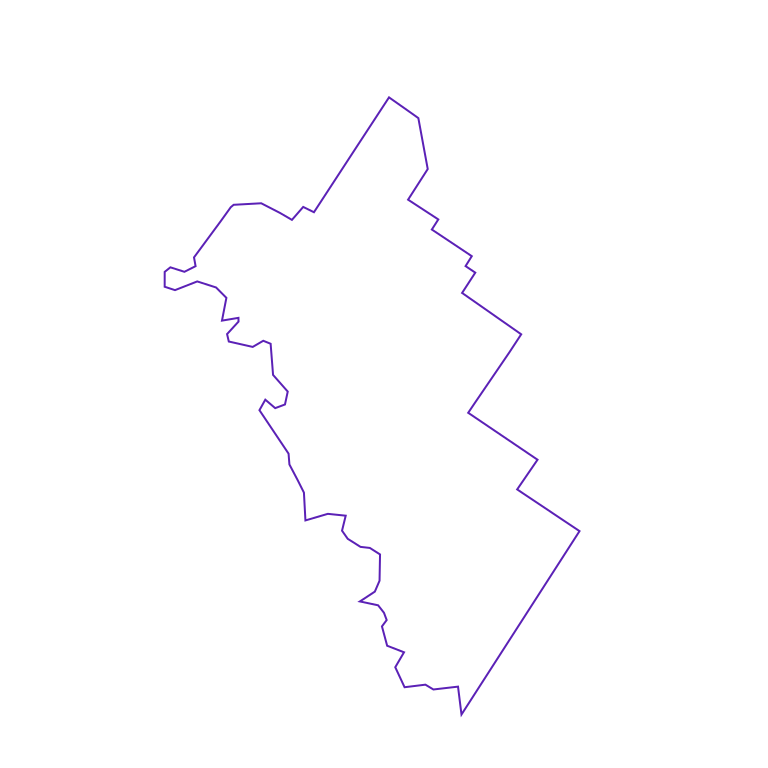 outline of Talladega, Alabama, United States of America, rotated 303°
{"feature_id": "52423323B97110600833834", "entity_name": "Talladega", "entity_type": "district", "adm_level": 2, "iso_a3": "USA", "parent_name": "United States of America", "parent_adm1": "Alabama", "projection": "orthographic", "projection_center": [-86.194, 33.401], "detail": "fine", "context": "isolated", "style": "outline", "palette": "violet", "viewbox_px": 768, "rotation_deg": 303, "n_neighbors": 0, "source": "geoboundaries", "source_scale": "gbopen_adm2", "svg_char_len": 1114}
<svg xmlns="http://www.w3.org/2000/svg" viewBox="0 0 768 768"><g transform="rotate(303 384 384)"><path d="M588.1,303.6L625.7,268.0L626.2,256.2L627.1,232.1L571.6,231.9L489.9,231.7L488.5,219.8L471.5,217.4L470.8,203.4L468.7,182.6L452.4,160.3L448.8,159.2L431.8,158.4L386.7,155.7L380.2,161.8L369.4,155.5L365.5,141.3L358.6,139.0L346.1,147.1L348.9,157.6L368.3,171.5L373.5,190.6L370.4,204.9L348.9,213.6L360.2,225.9L357.1,228.0L340.4,225.2L335.1,230.7L343.6,253.7L354.5,259.2L356.0,267.0L331.2,286.0L325.2,307.4L312.9,312.1L304.5,305.9L306.2,293.0L294.2,293.8L273.6,341.9L265.0,348.5L256.1,364.4L249.3,376.0L226.8,392.4L244.5,407.6L252.7,423.6L238.1,428.7L234.4,437.9L234.6,453.0L238.8,461.4L238.9,473.5L216.6,487.4L204.9,489.4L188.5,482.2L195.2,499.6L192.1,508.6L187.5,514.8L179.6,514.3L166.2,529.2L169.9,546.9L152.6,547.7L140.9,566.4L154.4,582.5L154.7,591.8L170.5,610.9L149.0,629.0L367.1,628.1L368.1,553.1L404.1,554.0L405.7,470.3L417.6,470.5L478.9,471.9L500.4,472.0L502.9,399.9L527.1,399.9L527.3,388.2L539.0,388.0L539.6,340.0L551.6,339.9L551.7,303.8L588.1,303.6Z" fill="none" stroke="#5b21b6" stroke-width="2"/></g></svg>